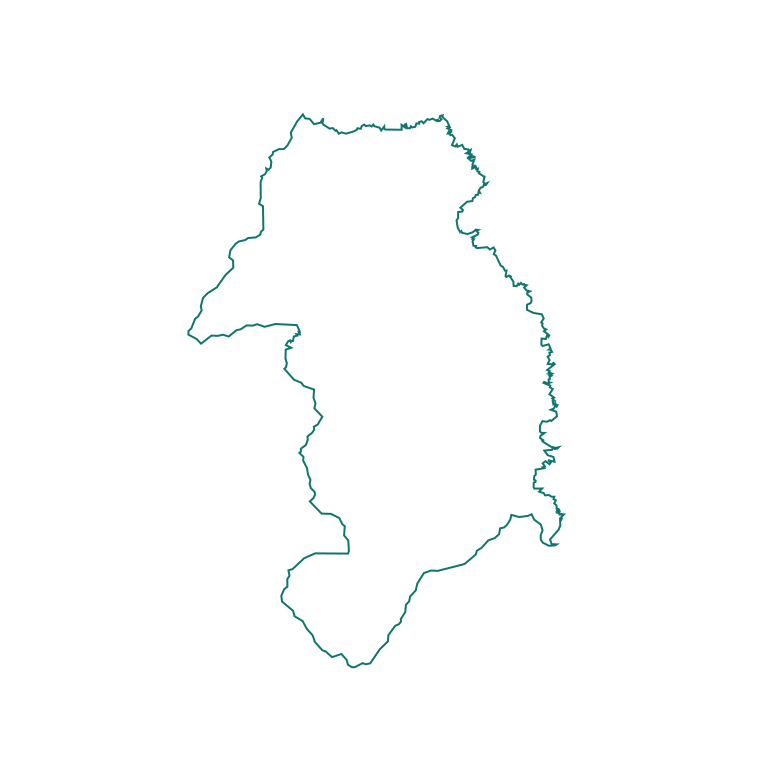 the district of Nossa Senhora Da Lapa, Ribeira Brava, Cabo Verde, rotated 40°
{"feature_id": "66160863B12848359802416", "entity_name": "Nossa Senhora Da Lapa", "entity_type": "district", "adm_level": 2, "iso_a3": "CPV", "parent_name": "Cabo Verde", "parent_adm1": "Ribeira Brava", "projection": "orthographic", "projection_center": [-24.326, 16.654], "detail": "fine", "context": "isolated", "style": "outline", "palette": "teal", "viewbox_px": 768, "rotation_deg": 40, "n_neighbors": 0, "source": "geoboundaries", "source_scale": "gbopen_adm2", "svg_char_len": 6153}
<svg xmlns="http://www.w3.org/2000/svg" viewBox="0 0 768 768"><g transform="rotate(40 384 384)"><path d="M619.4,395.8L615.3,398.9L611.1,396.3L611.4,383.3L610.0,379.1L606.1,374.7L607.1,374.7L606.7,372.8L605.3,373.2L605.7,368.3L601.7,371.7L602.5,369.9L600.0,371.0L600.3,368.4L599.3,368.0L599.7,369.9L598.3,370.9L597.5,367.9L596.4,368.6L594.2,366.1L591.1,366.0L590.4,362.6L587.8,363.2L586.9,360.9L584.7,362.7L581.7,363.1L578.9,365.8L576.5,364.9L572.0,366.7L572.3,362.4L566.4,367.5L564.7,366.7L562.1,363.2L563.0,361.6L562.2,360.5L560.4,360.9L558.3,357.8L558.5,355.8L555.2,352.2L560.7,345.6L559.2,345.6L560.4,343.8L556.6,342.8L557.3,339.3L562.4,339.1L562.2,336.8L558.6,336.9L564.6,333.9L560.7,331.0L555.2,333.3L549.6,332.0L555.0,326.4L554.3,324.5L556.3,324.3L558.3,322.1L558.5,320.1L556.8,322.4L552.3,324.7L543.6,326.0L541.7,325.8L542.0,324.7L538.2,325.1L537.2,323.2L538.4,318.4L535.7,320.3L533.9,320.1L530.2,315.5L529.3,310.6L533.2,308.1L534.4,305.0L535.9,304.8L537.3,297.6L533.8,294.5L528.4,296.5L529.9,293.5L529.0,290.5L530.8,290.5L530.4,288.7L529.1,289.6L527.4,288.4L526.8,290.7L524.2,288.7L525.4,287.1L522.2,286.9L523.0,285.1L517.3,285.5L516.5,279.4L513.2,279.9L512.4,278.3L505.5,280.6L505.4,279.4L509.1,278.5L510.4,276.1L509.0,276.8L507.2,274.8L507.9,273.5L506.2,271.9L506.7,270.7L505.7,271.0L506.4,269.6L504.0,270.3L505.6,268.2L502.8,269.1L502.6,267.6L500.0,268.4L502.0,259.1L500.3,258.8L499.7,261.3L496.5,263.4L495.4,259.2L491.8,257.9L492.5,255.2L490.5,253.7L492.1,251.4L489.8,250.6L488.3,251.6L488.8,249.8L484.6,247.8L481.1,252.9L479.2,252.7L475.5,247.9L479.0,245.6L477.7,241.9L479.7,242.2L479.3,240.4L472.6,240.8L473.2,237.9L470.9,238.7L467.6,237.7L466.5,235.6L464.9,235.9L464.2,231.1L460.0,229.2L453.0,233.4L445.8,235.3L442.6,231.3L444.3,227.8L443.6,225.5L441.3,223.2L436.0,223.3L435.1,221.7L436.2,219.2L433.2,220.7L429.3,220.1L429.8,216.7L427.6,217.9L426.3,217.0L427.2,218.1L426.0,218.9L423.9,218.5L423.8,221.1L422.3,220.9L422.8,223.8L420.3,225.6L417.2,222.3L411.8,220.9L411.9,220.1L410.1,220.5L409.1,223.2L407.9,223.4L404.9,218.3L403.7,219.4L400.0,217.8L397.2,218.3L387.2,213.6L384.6,214.0L383.5,210.1L380.2,209.0L378.7,212.9L375.2,212.8L367.8,220.2L366.4,220.4L365.9,219.1L363.7,220.6L360.1,217.8L359.9,215.3L358.5,216.0L358.4,214.3L357.3,214.8L359.8,209.1L359.1,207.5L356.2,207.3L357.1,205.5L355.2,206.6L354.4,210.8L351.6,215.4L346.8,218.0L345.0,217.2L344.7,218.7L340.0,216.9L334.4,212.0L334.2,209.5L330.3,204.6L333.2,201.5L332.6,200.0L329.2,199.8L330.5,191.0L334.1,187.0L332.7,184.6L333.6,182.5L332.8,180.2L334.4,178.6L333.1,176.4L334.6,175.8L332.2,174.8L331.9,171.5L333.1,169.3L332.4,167.1L334.1,166.3L333.9,163.7L332.8,165.9L330.4,165.6L327.4,159.8L327.4,160.9L321.2,161.5L320.8,160.2L318.7,161.1L317.4,158.6L316.4,160.1L314.8,158.6L313.1,162.3L312.2,161.2L313.4,160.1L313.1,158.5L311.5,159.7L310.6,158.9L309.0,154.2L307.3,157.1L303.5,156.8L308.1,151.4L305.1,152.7L302.8,157.8L303.3,151.9L298.7,154.4L299.5,151.9L301.2,151.9L299.9,149.0L299.1,151.4L297.8,150.1L294.5,152.3L290.2,150.6L287.8,155.1L285.8,153.7L285.8,156.3L282.5,157.3L280.3,150.2L276.0,149.3L274.9,150.7L273.4,149.8L271.9,151.2L271.3,148.7L272.7,149.0L273.5,147.7L272.4,146.2L268.5,147.4L269.3,145.5L267.4,145.9L268.5,144.6L263.6,142.2L257.1,141.9L256.2,140.4L254.7,142.8L255.5,144.2L257.9,144.4L257.6,146.7L255.9,148.3L255.3,147.1L254.2,148.9L250.8,149.3L249.0,152.4L247.0,153.2L246.7,158.8L244.0,158.5L242.5,160.7L243.6,162.0L241.3,163.5L242.6,166.8L240.6,169.4L239.0,169.3L239.5,171.2L237.4,173.3L233.8,170.6L233.2,172.1L235.0,174.0L230.9,174.2L234.1,177.9L221.5,188.2L220.3,188.4L218.6,186.6L218.9,191.6L215.9,190.5L210.9,192.7L209.0,192.1L208.9,194.7L206.9,195.0L204.3,198.1L202.2,198.0L201.1,200.5L202.1,203.5L199.2,205.2L199.8,206.8L198.1,210.6L193.9,216.7L189.7,218.5L188.6,221.3L184.5,220.1L184.2,221.2L180.2,220.9L178.2,223.3L170.9,224.3L169.3,223.9L166.7,219.4L167.3,224.7L163.4,229.9L156.6,228.7L152.9,231.2L148.6,229.6L148.7,238.6L151.0,251.3L155.0,254.6L156.7,263.4L156.2,268.5L152.5,271.7L149.8,277.7L151.2,279.7L150.5,284.1L154.9,286.2L158.1,291.1L157.8,294.2L155.3,294.6L157.4,296.4L158.0,299.9L156.4,303.9L158.1,304.3L159.9,308.9L170.1,320.8L172.4,326.3L177.0,325.6L192.3,343.2L191.9,346.2L193.1,349.4L191.5,354.2L186.0,359.6L185.1,363.0L181.2,368.1L180.2,372.1L180.4,380.3L184.0,386.6L188.9,386.3L193.8,391.8L192.5,402.5L193.8,417.5L190.6,427.6L190.0,434.3L193.7,442.2L197.0,444.8L198.2,451.7L197.4,455.5L200.6,465.1L200.2,469.2L202.4,471.9L211.5,470.0L217.9,470.7L220.7,457.8L225.6,454.1L229.0,449.7L234.5,447.4L236.4,437.6L239.0,434.3L241.1,427.4L246.0,423.6L248.4,419.7L255.8,416.9L262.3,407.8L279.4,394.9L285.1,397.6L286.2,398.4L285.2,399.0L287.6,400.2L284.8,402.2L286.4,402.8L284.4,405.5L286.6,409.6L285.3,410.5L285.6,411.7L284.0,411.0L283.1,412.8L283.8,417.3L289.6,415.9L286.6,420.8L292.2,427.9L296.2,430.5L298.1,434.0L297.9,436.4L312.2,438.6L319.8,436.2L323.8,437.1L334.0,433.2L339.0,440.0L343.9,442.8L346.3,447.4L357.8,448.7L359.3,457.8L357.7,461.8L359.8,463.6L360.3,467.5L359.1,473.4L361.3,475.5L363.4,480.9L361.9,487.0L363.8,489.4L363.5,491.2L369.2,491.6L371.4,494.7L379.2,498.0L383.9,502.2L389.3,504.7L391.1,508.2L394.9,510.8L400.0,511.2L402.3,513.1L403.3,517.0L402.6,521.6L419.5,523.4L426.8,517.6L435.9,515.4L442.3,518.2L445.3,518.1L450.8,525.7L457.2,526.8L464.3,534.3L465.5,537.0L440.1,558.0L434.8,568.8L432.9,584.6L430.6,588.2L434.9,591.7L435.3,595.6L440.3,601.4L439.4,605.4L441.5,612.3L445.8,616.2L460.2,616.2L464.8,619.4L474.0,617.9L482.3,621.2L490.9,622.4L496.8,626.0L507.9,627.6L511.2,626.4L519.8,626.6L524.9,618.2L532.8,619.4L536.7,622.2L541.3,621.6L543.6,619.9L547.0,611.6L550.2,610.4L553.0,606.9L551.3,590.0L552.4,578.5L548.8,573.6L548.0,562.0L549.8,558.5L549.7,554.9L547.9,553.2L546.9,545.1L542.7,539.0L543.0,534.3L540.6,530.1L541.0,521.8L537.8,515.4L536.1,503.2L539.9,496.7L545.3,492.6L561.4,470.1L563.9,455.6L562.3,452.1L564.1,446.6L564.4,436.8L567.9,430.8L568.7,425.1L565.7,419.9L568.2,416.8L568.7,413.1L567.9,406.7L565.7,402.4L573.1,399.0L579.0,392.6L580.8,388.9L586.1,391.4L594.6,390.9L599.6,394.3L601.2,399.0L604.1,402.4L607.6,403.5L614.4,401.9L618.8,397.7L619.4,395.8Z" fill="none" stroke="#0f766e" stroke-width="2"/></g></svg>